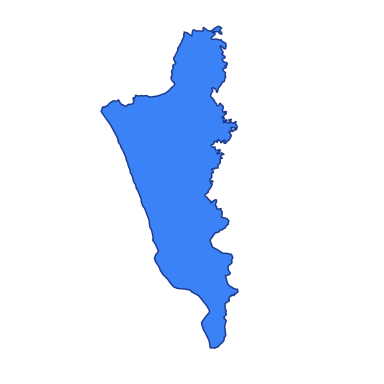 outline of Birim South, Eastern, Ghana, rotated 76°
{"feature_id": "2480657B71012260699376", "entity_name": "Birim South", "entity_type": "district", "adm_level": 2, "iso_a3": "GHA", "parent_name": "Ghana", "parent_adm1": "Eastern", "projection": "orthographic", "projection_center": [-1.125, 5.901], "detail": "fine", "context": "isolated", "style": "filled", "palette": "blue", "viewbox_px": 384, "rotation_deg": 76, "n_neighbors": 0, "source": "geoboundaries", "source_scale": "gbopen_adm2", "svg_char_len": 6000}
<svg xmlns="http://www.w3.org/2000/svg" viewBox="0 0 384 384"><g transform="rotate(76 192 192)"><path d="M35.0,160.8L36.5,161.3L37.2,162.0L38.0,162.0L39.7,162.5L42.6,165.1L44.7,166.1L45.1,167.1L46.8,168.5L48.6,170.3L49.0,171.1L50.7,171.3L52.8,172.8L54.8,174.8L56.2,175.6L57.1,177.0L58.4,177.6L61.5,177.2L62.4,176.6L63.0,176.6L63.5,177.1L64.4,179.6L64.9,180.1L67.5,180.4L69.6,182.4L71.3,182.9L72.5,182.4L75.9,184.6L77.0,184.9L78.2,184.7L79.9,184.0L81.9,182.8L83.2,182.9L84.4,183.4L84.7,183.8L85.5,186.2L87.9,189.6L89.8,194.3L90.5,202.2L89.9,209.2L88.8,211.3L87.5,212.6L86.9,216.6L86.1,217.9L86.2,219.9L84.6,223.3L87.0,224.8L86.5,225.5L86.6,226.3L87.8,226.7L88.8,226.2L91.6,227.5L92.3,229.4L91.7,231.4L91.8,233.0L93.0,235.8L91.9,236.7L89.7,239.4L88.5,240.1L86.7,240.4L84.9,241.1L85.7,242.6L84.5,246.5L86.0,250.7L87.8,253.2L87.9,254.9L88.5,256.2L87.9,257.3L88.1,258.2L89.1,259.0L89.8,259.1L90.5,259.8L92.0,260.7L107.5,254.7L121.1,251.3L126.1,251.3L128.5,250.3L131.7,250.0L134.1,249.2L141.6,247.9L145.6,247.9L148.2,247.4L151.9,247.4L154.6,246.9L158.6,247.1L161.8,246.1L168.2,246.1L170.9,245.0L175.1,245.1L177.2,244.3L186.3,243.0L189.0,243.5L193.5,243.2L196.4,241.9L209.5,240.4L213.2,241.2L217.2,241.2L219.0,240.4L227.0,240.7L229.2,241.8L233.4,240.2L239.5,239.1L241.7,239.1L244.3,242.6L247.5,244.5L250.7,244.2L256.6,242.1L260.8,241.6L264.6,240.3L271.2,236.5L276.0,234.7L279.5,232.8L281.6,230.1L282.4,228.5L284.3,222.7L286.7,217.6L289.1,216.2L294.2,210.6L305.7,205.3L311.3,203.7L313.4,204.5L315.2,207.5L320.8,214.2L324.0,214.5L328.5,214.2L331.5,213.2L340.5,211.3L347.5,212.0L347.5,211.2L348.1,210.6L348.1,209.7L349.0,207.6L348.3,203.6L346.6,201.8L346.2,200.4L344.8,198.2L343.6,196.9L340.9,195.7L339.9,194.4L339.0,193.9L330.2,192.8L328.4,192.0L325.4,190.0L324.3,190.5L323.6,190.4L322.7,191.2L321.3,191.2L320.5,190.7L319.8,189.0L318.6,188.1L316.8,188.8L316.2,187.9L314.8,187.5L313.1,188.1L309.9,187.3L308.5,187.3L307.1,184.3L307.1,183.7L306.7,183.3L306.8,182.4L306.3,182.4L305.4,181.8L304.5,182.2L302.5,180.4L302.1,179.7L302.4,179.1L301.5,178.2L302.6,176.8L302.6,176.3L302.3,175.9L301.7,176.0L301.0,175.7L301.4,174.1L300.5,173.3L300.4,172.4L299.8,171.5L297.5,171.4L296.7,173.4L294.9,175.7L293.6,176.6L293.2,177.6L290.0,179.6L281.4,179.8L281.2,176.2L281.0,175.5L280.0,174.5L278.2,175.2L274.6,175.6L273.5,175.2L272.3,174.3L270.8,171.0L269.8,170.2L267.4,169.9L265.5,168.3L262.2,168.8L259.8,173.5L259.0,176.8L254.6,180.8L250.4,185.5L243.1,186.2L237.5,179.7L237.2,175.5L235.7,173.7L236.1,171.9L235.0,169.9L235.1,168.8L233.1,167.0L231.9,164.5L229.9,164.0L229.1,163.2L226.3,164.5L223.7,169.2L218.5,167.5L217.0,168.3L215.2,168.0L214.9,171.2L214.6,171.8L211.9,171.7L210.8,172.7L209.7,172.4L207.6,170.7L205.8,170.2L205.3,170.7L205.3,171.8L206.3,175.0L207.3,175.7L207.2,176.2L205.3,176.3L202.8,177.9L200.6,178.9L199.6,180.3L198.1,180.1L197.4,179.5L196.4,176.6L194.5,175.8L193.3,173.9L190.0,170.8L188.7,170.5L187.5,171.8L187.3,171.7L186.7,171.4L186.6,170.8L187.0,170.1L187.1,169.4L186.5,169.1L186.1,169.4L186.0,171.4L185.6,171.7L184.2,171.8L183.8,171.5L183.2,169.9L182.6,169.3L180.5,168.7L178.9,168.9L178.1,168.1L178.4,166.7L178.0,166.4L176.2,166.7L175.3,167.3L174.7,167.3L174.4,166.4L175.1,164.6L174.5,163.9L174.3,163.3L174.9,161.9L174.9,161.0L172.0,160.1L170.6,157.6L166.5,156.4L166.5,154.6L166.1,154.6L165.1,155.9L163.8,155.1L163.3,154.4L163.2,152.2L162.0,152.8L161.4,153.5L160.9,155.9L161.3,158.1L160.8,158.4L160.3,158.3L159.1,155.0L158.8,154.6L158.0,154.6L157.4,155.3L157.7,157.2L157.5,158.7L155.3,159.0L154.0,158.9L153.7,159.2L153.7,160.7L153.0,161.6L152.1,162.1L151.0,161.8L150.7,161.3L150.8,160.1L150.5,159.6L149.6,158.6L148.4,158.4L148.8,157.1L148.5,155.9L149.7,155.7L149.8,155.3L147.6,154.3L147.5,153.7L149.2,152.8L150.1,151.5L150.8,152.1L151.2,151.9L150.9,151.0L149.7,149.4L149.6,148.2L149.8,147.6L150.2,147.7L150.9,148.8L151.8,149.2L152.7,148.6L152.9,147.6L151.7,146.4L150.8,144.0L148.7,141.5L147.5,141.3L147.1,140.2L144.1,140.7L143.1,141.6L142.3,141.3L142.1,140.1L142.9,138.6L142.9,137.2L142.4,137.2L140.7,138.4L139.4,138.6L138.9,138.4L138.8,137.5L139.7,136.4L140.4,134.4L141.2,134.4L141.7,135.6L142.1,135.7L142.4,135.3L142.2,133.9L140.0,132.4L137.7,132.7L136.3,133.5L135.7,133.3L135.0,132.4L134.4,132.4L134.3,133.0L135.1,134.7L135.2,135.4L134.7,136.2L132.5,137.7L131.9,137.5L131.4,136.4L131.0,136.4L130.9,138.6L131.6,138.8L133.6,138.5L134.2,139.0L134.0,139.6L132.7,141.2L132.3,142.3L131.6,142.1L131.0,140.8L130.3,141.1L130.3,141.6L131.2,143.1L132.5,144.0L132.3,144.7L131.0,144.6L128.4,142.7L127.7,143.2L127.3,145.0L126.7,145.1L126.4,143.3L124.8,141.8L124.7,140.3L124.4,140.1L123.3,140.8L123.1,139.5L122.5,139.3L121.8,140.4L122.3,141.8L122.1,142.4L120.2,142.6L117.3,141.1L116.3,141.1L112.8,143.2L112.9,143.7L114.2,144.8L114.5,146.0L114.2,146.9L113.5,147.2L112.1,146.9L110.8,148.1L108.9,148.1L105.5,149.6L104.4,150.7L103.6,150.8L101.4,149.8L98.9,147.4L97.9,147.2L96.8,147.8L95.8,147.1L96.4,145.8L97.8,144.3L98.5,143.9L100.9,144.0L101.2,143.6L101.1,143.1L97.8,141.5L94.7,137.6L93.1,136.5L92.5,133.9L89.8,132.8L88.7,131.5L86.6,131.6L84.6,130.7L81.9,132.2L80.4,132.4L79.8,131.7L79.9,130.5L79.4,128.5L78.9,128.6L78.3,129.5L77.6,129.4L77.3,129.0L77.4,127.6L75.8,126.6L74.6,127.3L74.3,128.6L73.6,129.6L71.3,130.7L70.3,130.3L70.0,127.9L68.6,127.2L68.2,127.3L67.7,128.4L66.7,128.7L65.6,129.9L65.1,129.7L64.5,128.2L63.9,128.0L57.9,129.7L57.3,129.3L57.2,128.8L59.6,126.9L60.4,126.6L61.0,125.8L61.1,125.1L60.4,124.4L58.8,123.7L56.1,123.3L55.6,123.6L52.9,126.4L51.5,126.7L51.1,128.8L50.2,129.9L49.3,131.7L48.9,135.2L48.2,136.0L47.4,136.1L46.6,135.5L45.6,133.2L44.6,131.6L43.6,131.3L43.0,131.4L42.7,131.9L42.8,132.9L42.1,133.5L41.4,132.6L42.7,128.0L43.1,127.5L44.5,127.1L45.8,125.7L46.0,125.0L44.6,124.7L41.5,126.1L40.7,125.0L40.5,123.8L40.0,123.7L38.3,125.1L37.6,126.3L38.5,130.2L40.0,133.2L40.4,135.5L38.8,138.1L35.3,140.8L35.6,141.6L37.9,141.9L38.5,142.7L36.9,148.3L35.0,151.4L35.6,152.2L38.1,153.5L40.0,154.1L40.2,154.6L39.8,155.3L36.6,157.9L35.0,160.8Z" fill="#3b82f6" stroke="#1e3a8a" stroke-width="1.5"/></g></svg>